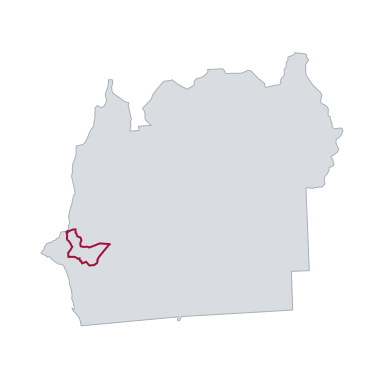 Haya, Red Sea, Sudan shown in context, rotated 174°
{"feature_id": "16777658B79531940846564", "entity_name": "Haya", "entity_type": "district", "adm_level": 2, "iso_a3": "SDN", "parent_name": "Sudan", "parent_adm1": "Red Sea", "projection": "orthographic", "projection_center": [36.501, 17.972], "detail": "fine", "context": "in_parent", "style": "outline", "palette": "rose", "viewbox_px": 384, "rotation_deg": 174, "n_neighbors": 0, "source": "geoboundaries", "source_scale": "gbopen_adm2", "svg_char_len": 4811}
<svg xmlns="http://www.w3.org/2000/svg" viewBox="0 0 384 384"><g transform="rotate(174 192 192)"><path d="M263.4,312.2L259.8,312.1L259.4,311.3L259.5,309.0L259.9,307.3L261.2,304.5L260.9,303.0L261.1,300.8L260.2,298.4L251.8,291.2L250.1,289.2L245.5,287.3L246.4,285.3L244.7,270.7L245.6,269.1L245.9,266.5L245.9,264.3L247.0,260.6L247.2,259.0L238.2,258.7L238.0,260.3L238.4,262.1L238.4,262.9L225.8,262.6L230.8,268.5L231.0,271.0L230.6,274.1L230.7,276.1L231.0,277.4L232.3,280.0L232.2,280.4L231.8,281.0L222.8,288.4L221.3,291.9L220.0,293.7L217.4,296.7L209.1,304.6L207.8,305.1L201.5,305.2L200.9,305.4L200.4,305.7L200.2,305.7L194.9,300.7L186.1,294.7L180.1,297.5L178.5,298.5L178.4,301.3L177.5,302.6L175.9,304.1L171.5,304.9L169.2,305.6L166.5,307.1L163.7,309.5L163.5,310.9L163.8,312.1L148.7,311.4L147.8,310.4L145.7,306.0L144.2,306.2L130.5,305.0L128.5,305.4L124.6,306.9L122.6,307.1L120.6,306.2L113.7,297.4L112.2,296.3L110.6,294.2L109.1,293.2L108.6,292.5L108.5,291.6L108.6,289.8L108.1,288.6L107.0,288.3L97.3,289.7L96.0,289.3L94.0,289.6L93.3,289.9L92.4,290.9L92.2,293.2L91.9,294.4L91.1,295.6L88.3,298.3L87.6,299.5L87.7,302.6L87.4,304.2L87.0,304.9L85.8,306.1L85.3,306.7L84.7,310.7L83.1,313.1L82.7,313.9L82.6,315.6L82.3,316.2L78.0,317.3L76.3,318.0L75.3,319.3L75.0,319.9L73.2,319.3L70.8,318.8L66.3,318.0L64.5,317.3L63.7,316.2L64.1,313.8L63.6,313.3L62.9,312.8L62.5,311.7L62.6,310.4L65.1,307.8L65.7,306.3L66.5,299.3L66.4,297.1L64.7,293.0L60.7,285.9L59.7,284.5L54.5,278.4L53.9,277.5L52.7,275.1L54.4,269.9L54.6,268.5L54.3,267.0L53.0,265.8L51.8,265.5L50.2,264.0L49.2,263.3L48.4,262.0L47.8,260.2L48.6,254.1L48.3,253.3L47.0,252.9L46.7,252.5L46.8,251.3L46.2,247.7L45.5,244.8L46.1,243.2L45.1,240.9L42.9,239.8L38.6,240.2L37.3,239.9L36.4,239.5L35.8,238.6L35.6,237.6L35.9,236.2L37.3,233.7L38.9,231.7L42.1,229.9L43.0,229.0L43.5,227.8L43.7,226.5L43.5,225.1L43.3,223.8L42.5,222.0L41.7,220.0L41.8,218.6L42.3,217.7L43.2,216.6L46.3,214.5L49.5,212.9L50.1,212.2L50.0,211.4L48.6,209.8L48.4,206.7L47.7,204.5L49.4,203.1L50.6,202.6L52.4,202.2L53.2,201.6L53.4,200.4L53.5,199.1L54.2,198.3L55.2,196.4L55.9,195.6L58.4,193.5L59.0,192.1L59.3,190.7L58.9,186.3L60.4,184.7L62.2,183.3L64.7,183.6L68.6,183.5L71.3,183.1L73.2,183.3L77.5,184.4L78.0,184.1L78.3,182.9L83.6,101.5L101.2,102.7L101.4,102.5L104.2,64.1L214.8,69.2L215.7,69.0L217.6,65.5L218.3,65.2L219.5,65.5L219.8,66.3L218.8,69.3L316.3,70.5L316.5,74.9L317.3,78.4L320.1,83.4L322.5,86.1L323.3,87.6L323.4,88.3L323.3,88.9L322.6,88.2L321.4,87.7L321.2,90.1L321.8,94.9L322.8,98.3L322.1,101.4L322.2,106.7L323.5,113.1L323.3,117.1L325.4,126.6L327.4,131.9L328.5,133.2L329.8,133.8L332.2,134.3L335.7,136.9L338.5,139.7L339.5,141.2L340.9,142.8L341.8,142.5L342.4,142.1L343.3,143.4L347.8,146.2L348.4,147.5L346.9,148.8L345.0,151.0L344.2,153.1L343.7,153.8L342.2,155.1L342.0,155.7L341.3,156.1L340.6,156.1L339.1,156.8L337.8,156.6L336.4,157.0L335.9,157.5L334.8,158.0L333.3,158.2L331.0,160.0L329.0,160.8L328.3,161.5L327.2,165.0L326.5,165.9L323.5,166.0L322.0,166.3L320.0,166.0L319.0,166.0L318.8,166.7L318.4,169.7L318.5,171.0L316.8,174.4L317.3,180.8L315.7,185.5L315.4,186.6L313.8,190.4L313.0,191.8L310.8,198.9L310.0,201.0L308.2,203.3L310.1,220.2L308.6,225.4L308.6,228.2L307.6,232.4L306.7,234.3L305.3,236.7L304.2,239.3L303.2,242.7L302.5,249.2L302.2,249.8L296.8,250.5L295.1,251.0L293.9,251.7L292.5,253.4L289.7,257.9L288.3,260.7L286.0,264.5L283.3,267.2L282.7,268.5L282.3,270.9L281.3,274.8L280.4,277.6L280.5,279.8L279.7,283.6L279.8,285.5L278.9,286.5L277.6,287.5L276.7,287.7L273.0,285.1L270.3,286.9L268.6,289.3L267.3,291.8L268.0,297.1L267.9,298.3L267.5,299.6L265.0,304.7L264.2,307.1L263.4,311.2L263.4,312.2Z" fill="#d9dde1" stroke="#a8b0b8" stroke-width="1"/><path d="M279.4,148.8L289.0,150.5L292.0,149.7L293.9,149.1L300.1,147.5L300.7,148.1L302.7,148.7L303.9,148.6L304.9,148.6L305.5,148.8L306.5,149.0L307.6,149.3L308.3,149.6L308.5,150.0L308.5,150.7L308.5,152.7L308.1,153.6L307.6,154.5L307.3,155.0L307.0,155.4L307.7,158.4L310.6,159.8L311.0,161.1L311.2,161.8L311.3,162.8L312.1,163.7L311.9,164.8L311.8,167.0L312.2,167.0L314.5,167.1L318.9,165.8L318.9,165.7L319.5,165.1L319.8,165.3L320.0,165.3L320.3,165.4L320.3,165.5L320.4,165.4L320.6,165.4L321.0,165.5L321.1,165.2L320.7,162.6L320.7,161.7L321.1,160.2L321.0,159.7L321.3,158.7L321.0,157.5L320.7,157.1L319.5,155.8L318.2,153.3L317.8,152.2L317.5,151.2L316.8,150.1L319.1,146.9L321.5,144.4L321.7,140.4L317.0,139.9L316.2,139.9L315.5,139.7L315.0,139.4L312.5,137.8L312.5,137.6L310.8,137.7L311.0,136.6L310.6,136.1L310.1,135.5L310.2,135.3L310.3,135.4L310.3,135.0L310.2,134.9L309.9,135.0L309.5,134.7L309.3,134.7L309.1,133.5L308.7,132.5L304.6,133.6L301.7,129.6L298.0,129.6L296.8,129.5L295.3,130.7L294.1,131.0L293.0,133.3L293.3,134.0L293.0,134.8L291.3,137.0L291.1,137.4L290.6,137.9L289.2,139.3L280.3,148.0L280.2,148.0L279.3,148.7L279.4,148.8L279.4,148.8Z" fill="none" stroke="#9f1239" stroke-width="2"/></g></svg>